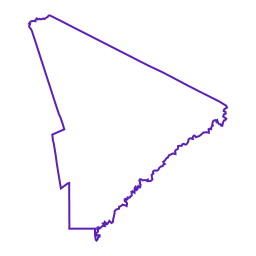 Acrelândia, Acre, Brazil
{"feature_id": "56859067B29113290851832", "entity_name": "Acrelândia", "entity_type": "district", "adm_level": 2, "iso_a3": "BRA", "parent_name": "Brazil", "parent_adm1": "Acre", "projection": "natural_earth1", "projection_center": [-66.886, -9.954], "detail": "fine", "context": "isolated", "style": "outline", "palette": "violet", "viewbox_px": 256, "rotation_deg": 0, "n_neighbors": 0, "source": "geoboundaries", "source_scale": "gbopen_adm2", "svg_char_len": 3094}
<svg xmlns="http://www.w3.org/2000/svg" viewBox="0 0 256 256"><path d="M162.4,72.2L148.8,65.8L138.7,60.7L83.7,32.6L74.8,28.1L61.4,21.2L58.8,19.9L49.8,15.4L48.6,15.6L47.5,17.1L46.0,17.8L45.0,18.7L44.0,19.1L43.1,18.5L41.0,19.4L39.7,18.8L37.9,19.5L36.8,18.4L35.5,19.9L35.5,21.2L34.2,21.1L33.0,21.0L30.7,21.4L29.7,22.7L29.0,23.7L30.1,24.0L29.1,26.4L29.9,27.8L30.9,29.0L31.9,31.0L34.9,40.1L55.6,104.1L58.9,114.1L60.5,117.6L62.4,123.1L64.3,129.3L52.3,134.6L53.0,140.8L53.6,142.6L55.6,154.7L56.8,163.6L58.1,171.6L60.9,188.4L62.6,187.2L67.6,183.5L69.2,183.0L69.2,191.6L69.2,196.5L69.3,203.2L69.3,212.7L69.3,218.2L69.4,224.5L69.3,228.7L71.2,228.7L82.6,228.7L87.9,228.7L95.0,228.7L95.0,234.7L95.7,239.6L96.4,240.6L97.5,239.6L98.1,237.4L99.7,236.5L99.5,235.2L97.7,235.2L96.6,235.5L96.1,234.1L96.8,232.6L98.0,231.7L98.0,230.1L97.1,229.2L97.3,227.6L98.5,227.3L98.6,228.9L99.9,228.3L101.2,227.2L102.5,225.9L104.6,226.1L103.6,224.5L102.9,223.5L104.3,223.2L105.6,224.4L106.7,224.4L107.6,223.7L108.4,222.4L109.4,220.9L110.2,221.7L111.5,223.0L112.8,222.2L113.1,220.3L113.3,218.5L113.8,217.0L114.1,215.3L114.6,213.3L114.5,211.5L115.1,210.6L116.3,209.5L117.5,209.1L119.0,208.7L119.1,206.7L120.5,206.3L121.7,205.5L122.5,204.6L123.7,205.1L125.0,205.2L126.6,206.1L127.1,203.9L126.8,202.7L126.0,201.8L124.8,201.3L124.7,199.3L125.9,198.8L126.4,199.8L127.5,199.3L127.7,197.4L129.7,197.7L130.3,196.5L131.5,195.9L131.8,194.5L131.7,193.3L131.4,191.9L132.5,191.2L133.5,192.2L134.5,192.8L134.6,191.3L134.6,189.3L134.7,187.9L135.5,186.9L135.8,188.6L136.4,190.0L137.6,189.0L137.3,187.3L138.3,186.1L138.9,187.2L140.1,187.4L140.6,184.6L139.8,183.6L140.2,182.1L139.3,180.6L140.0,179.3L141.3,179.4L142.5,180.3L144.6,180.1L146.3,180.3L147.7,179.7L147.5,181.1L148.5,181.1L150.0,181.1L151.3,180.5L152.4,179.5L152.0,177.7L151.8,176.3L151.7,174.8L153.4,173.6L152.9,172.4L153.3,171.2L154.4,170.5L156.4,170.7L157.9,170.2L158.7,169.2L159.4,167.7L161.3,166.3L162.6,166.2L163.4,164.7L164.8,164.0L163.6,162.9L163.2,161.8L164.8,160.7L165.6,159.5L166.5,158.2L167.8,157.6L168.3,156.4L169.2,155.1L170.4,154.7L173.0,153.4L174.4,153.9L175.5,154.1L175.4,152.7L175.1,151.1L175.7,150.1L176.7,149.6L177.7,149.1L178.0,147.7L178.0,146.1L179.3,145.7L180.7,145.9L181.7,145.8L182.3,144.3L183.7,143.8L185.5,144.7L186.8,143.9L187.5,143.0L188.3,141.3L188.4,140.0L189.1,138.8L190.3,138.3L191.5,138.6L192.9,138.9L192.6,137.6L193.2,136.3L194.0,135.5L195.1,136.0L195.8,137.2L197.3,136.7L199.0,136.2L201.1,134.7L202.1,133.6L203.5,132.5L204.8,132.5L205.9,132.2L207.4,132.4L208.8,132.8L208.9,131.1L208.6,129.2L209.7,128.7L211.1,129.2L211.4,127.3L211.9,126.0L212.9,125.5L212.3,124.3L212.5,123.1L212.8,121.9L213.4,120.8L214.5,120.4L215.7,120.1L216.4,121.7L217.3,120.4L217.9,122.4L218.6,123.7L219.5,124.2L220.6,124.3L221.1,125.6L222.3,125.8L222.6,124.5L223.0,122.5L224.0,120.4L225.1,120.3L226.3,118.8L224.4,117.3L223.2,116.5L223.8,114.4L225.7,113.7L225.6,112.0L223.7,111.1L224.1,109.4L225.6,108.4L227.0,107.6L226.2,105.7L219.3,101.5L199.6,91.6L188.3,85.8L162.4,72.2ZM104.3,223.2L104.7,221.9L105.6,222.7L104.3,223.2Z" fill="none" stroke="#5b21b6" stroke-width="2"/></svg>